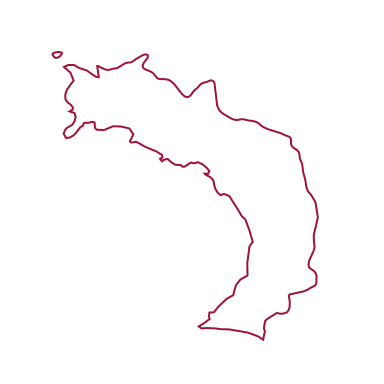 outline of Kōchi, rotated 83°
{"feature_id": "JPN-1834", "entity_name": "Kōchi", "entity_type": "Prefecture", "adm_level": 1, "iso_a3": "JPN", "parent_name": "Japan", "parent_adm1": "", "projection": "mercator", "projection_center": [133.234, 33.28], "detail": "fine", "context": "isolated", "style": "outline", "palette": "rose", "viewbox_px": 384, "rotation_deg": 83, "n_neighbors": 0, "source": "natural_earth", "source_scale": "10m", "svg_char_len": 3116}
<svg xmlns="http://www.w3.org/2000/svg" viewBox="0 0 384 384"><g transform="rotate(83 192 192)"><path d="M347.3,139.4L343.3,144.1L338.2,154.1L332.9,171.9L331.7,179.9L330.1,186.0L329.7,188.8L328.8,194.2L328.6,199.1L326.2,201.7L322.9,194.6L320.1,189.9L317.5,190.4L313.8,189.4L314.1,185.0L309.1,179.9L302.1,170.4L299.5,163.7L294.4,161.8L289.5,159.4L284.7,154.5L281.7,147.1L269.3,145.8L253.1,141.6L248.9,137.8L237.0,139.7L225.6,142.4L222.3,145.4L214.8,148.7L200.5,155.5L197.8,160.5L198.6,163.9L195.9,166.6L191.5,168.5L187.4,169.1L184.5,169.2L182.7,169.6L181.2,170.5L179.4,172.2L176.1,176.8L175.3,177.3L175.8,173.6L174.5,173.0L173.4,172.2L169.8,174.5L165.8,178.2L163.1,182.6L163.8,186.7L162.7,189.3L163.1,191.0L164.2,192.4L164.9,194.0L165.1,195.0L165.8,195.7L166.0,196.7L165.8,198.2L165.0,199.1L164.2,199.6L163.8,200.4L162.9,205.3L160.7,208.1L158.2,210.5L156.2,212.0L156.7,216.5L158.0,218.0L155.2,219.7L154.2,217.2L151.7,217.1L147.3,222.6L141.5,232.8L137.1,238.7L135.3,241.4L135.6,244.7L135.4,246.6L134.0,247.5L131.3,245.5L127.5,243.2L121.3,246.5L118.4,254.3L117.1,262.3L119.8,271.9L118.5,279.1L116.3,280.5L111.2,280.2L110.2,282.6L110.7,286.2L110.2,290.6L112.8,292.2L114.0,294.7L115.4,296.4L118.8,299.5L121.2,302.5L123.0,306.4L123.1,310.4L118.5,312.3L115.3,310.6L114.0,309.5L113.0,308.0L111.3,304.0L110.5,302.4L107.3,299.9L103.1,298.3L99.2,299.1L97.1,303.7L95.5,300.2L93.1,300.1L90.4,301.9L88.0,304.5L84.9,306.2L81.2,306.2L77.8,305.0L75.2,303.7L70.2,299.1L67.1,295.9L58.8,298.1L52.3,303.8L50.9,299.4L51.5,293.8L55.5,288.3L58.5,281.7L63.8,275.9L66.0,273.2L66.7,270.6L54.4,270.7L55.0,270.7L59.6,263.7L60.3,261.6L60.7,259.4L60.0,255.6L60.0,251.3L56.8,244.4L55.9,241.9L55.8,239.5L55.9,237.0L55.0,234.6L53.7,232.4L50.5,225.1L49.9,222.9L49.8,220.9L50.7,219.2L53.1,219.5L58.1,224.2L60.3,225.6L62.5,225.4L64.3,224.0L67.3,218.5L69.3,216.1L74.0,213.1L75.4,211.8L75.9,210.3L76.3,208.4L76.5,206.1L77.1,203.5L78.1,201.1L80.0,198.8L83.1,196.3L93.3,190.2L96.3,187.6L97.3,184.7L96.6,182.6L95.0,180.7L92.8,178.8L91.2,177.0L90.0,174.9L88.7,173.2L87.0,171.4L85.5,169.3L84.9,166.9L84.6,164.3L83.4,159.5L84.3,157.7L86.3,156.4L109.3,156.5L112.8,155.5L115.6,154.0L118.6,151.0L124.4,143.3L125.6,140.6L126.1,138.5L125.8,134.4L126.1,132.1L128.0,126.9L128.6,124.1L129.8,120.8L131.4,118.0L135.2,114.6L137.1,112.0L138.8,109.2L144.3,97.0L147.4,92.0L148.4,89.8L149.7,88.1L151.6,87.2L155.1,87.8L157.5,87.7L159.9,86.4L163.5,82.4L165.6,81.0L168.6,80.8L171.6,80.9L177.4,79.3L186.0,79.2L193.6,78.1L201.0,77.9L205.5,76.8L209.3,74.2L217.2,70.7L232.7,70.2L249.6,76.4L256.8,77.1L258.7,77.0L261.9,77.1L265.3,78.5L274.6,84.2L278.4,85.2L281.2,85.0L283.2,83.0L284.9,80.9L287.0,79.4L290.3,78.6L298.1,79.8L299.9,81.4L301.5,85.8L302.7,88.2L303.5,90.5L304.2,93.0L305.6,107.7L306.9,108.6L312.9,108.3L318.4,109.2L321.3,110.7L323.1,112.6L323.6,115.0L323.8,117.3L323.5,119.3L322.4,122.6L326.9,132.2L328.6,134.9L333.4,136.6L336.6,137.2L339.0,136.6L347.3,139.4ZM40.6,305.8L41.8,307.5L42.3,309.3L42.2,311.1L40.9,312.6L38.5,313.8L37.3,312.9L36.8,310.2L36.7,307.6L37.4,305.1L38.3,304.0L39.4,304.7L39.9,305.2L40.6,305.8Z" fill="none" stroke="#9f1239" stroke-width="2"/></g></svg>